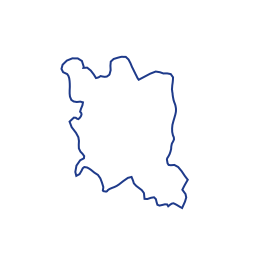 outline of Tlaxcala, rotated 214°
{"feature_id": "MEX-2726", "entity_name": "Tlaxcala", "entity_type": "State", "adm_level": 1, "iso_a3": "MEX", "parent_name": "Mexico", "parent_adm1": "", "projection": "equal_earth", "projection_center": [-98.173, 19.419], "detail": "fine", "context": "isolated", "style": "outline", "palette": "blue", "viewbox_px": 256, "rotation_deg": 214, "n_neighbors": 0, "source": "natural_earth", "source_scale": "10m", "svg_char_len": 2855}
<svg xmlns="http://www.w3.org/2000/svg" viewBox="0 0 256 256"><g transform="rotate(214 128 128)"><path d="M113.1,61.9L113.9,62.1L114.4,63.1L114.9,64.3L115.5,65.3L119.1,68.2L122.8,70.8L126.7,72.3L130.9,72.2L133.1,72.4L135.3,72.6L137.6,72.6L139.8,72.4L142.4,71.2L143.0,69.3L142.6,66.5L142.4,62.6L144.1,59.4L147.1,62.1L149.7,68.0L149.6,74.5L147.6,78.2L148.6,80.2L151.3,81.2L154.2,81.8L157.3,83.6L159.4,86.5L161.4,89.8L164.0,92.6L168.4,94.9L175.2,97.2L180.0,100.6L178.7,106.3L177.0,107.3L175.4,107.2L174.1,107.6L173.6,109.9L173.7,111.9L174.2,113.4L175.2,114.3L176.8,114.7L177.7,117.5L178.5,121.4L179.7,124.1L182.3,123.2L185.0,120.9L187.9,119.6L190.7,119.6L193.7,121.6L195.7,124.0L197.5,126.7L199.2,129.5L201.0,132.1L202.7,134.3L204.5,136.3L206.4,137.8L208.5,138.7L213.0,138.0L216.2,139.8L217.6,143.9L216.4,149.7L213.1,154.6L208.6,157.6L203.7,157.8L199.4,154.4L199.2,154.2L198.9,153.8L198.7,153.3L198.6,152.9L195.6,155.2L191.0,154.8L186.2,153.2L182.5,151.5L181.7,152.3L180.9,153.3L180.3,154.4L179.8,155.7L177.8,156.5L175.9,157.4L174.3,158.8L173.4,161.3L173.3,161.5L173.3,161.9L173.3,162.1L174.7,166.2L177.4,169.8L179.4,173.4L178.5,177.2L177.2,178.8L175.9,180.4L174.6,181.9L173.2,183.4L169.6,185.7L165.9,185.1L162.2,183.1L158.6,180.7L157.6,180.2L156.6,179.6L155.7,179.1L154.7,178.5L154.0,178.1L153.4,177.8L152.7,177.4L152.1,177.0L151.9,176.9L150.4,176.1L148.9,175.2L147.5,174.5L146.1,174.0L143.2,179.4L140.0,185.4L136.6,190.3L132.7,192.1L129.2,193.0L126.0,195.2L122.7,196.6L119.0,195.2L117.6,192.9L116.3,190.5L115.1,188.0L113.7,185.6L113.5,185.2L113.3,184.8L113.0,184.4L112.7,184.1L112.5,183.9L112.3,183.7L112.2,183.5L112.0,183.3L111.4,182.6L110.7,181.9L110.1,181.2L109.5,180.4L109.0,179.9L108.5,179.3L108.0,178.8L107.5,178.3L106.9,177.7L106.3,177.1L105.7,176.5L105.0,176.0L104.8,175.8L104.5,175.6L104.3,175.4L104.0,175.2L102.7,174.3L101.4,173.3L100.2,172.1L99.0,170.8L98.2,169.6L97.4,168.3L96.8,166.9L96.2,165.4L95.7,163.8L95.2,162.3L94.7,160.7L94.2,159.1L92.9,155.4L91.2,152.3L89.2,149.5L86.7,147.1L86.2,146.8L85.8,146.5L85.3,146.2L84.9,146.0L83.5,144.3L83.1,142.1L82.9,139.6L81.8,136.9L80.5,134.7L79.6,132.2L78.9,129.6L78.6,126.8L78.6,125.9L78.6,125.1L78.4,124.3L78.1,123.6L75.5,120.9L73.7,120.1L71.8,121.0L68.9,123.3L64.6,123.7L59.4,122.2L54.0,120.0L49.5,118.5L49.3,115.6L49.1,112.8L48.8,110.0L48.4,107.2L43.4,105.4L40.9,103.0L39.6,98.9L38.4,91.9L40.4,91.7L42.4,91.6L44.5,91.5L46.5,91.3L48.2,91.0L49.4,89.8L50.2,88.0L50.9,85.6L52.8,86.5L54.7,85.4L56.6,83.3L58.5,81.3L60.7,80.8L62.8,82.5L65.1,84.6L67.7,85.1L69.9,83.0L72.3,79.9L74.7,78.5L77.1,81.4L77.5,81.9L77.9,82.4L78.3,82.8L78.7,83.1L81.9,84.2L85.3,84.4L88.8,84.6L92.2,85.4L92.7,85.8L93.2,86.2L93.8,86.7L94.3,87.1L97.7,89.4L100.2,86.6L102.2,81.4L103.9,76.2L105.0,73.6L106.3,71.4L107.8,69.3L109.2,67.1L110.0,65.1L110.0,63.9L110.6,63.0L113.1,61.9Z" fill="none" stroke="#1e3a8a" stroke-width="2"/></g></svg>